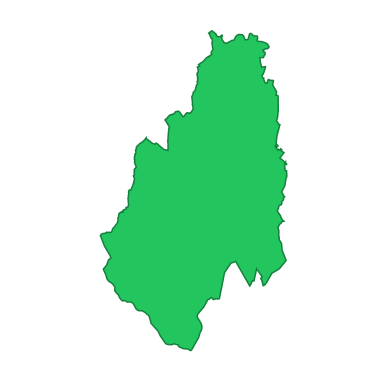 the district of Clane Lea-5, Kildare, Ireland, rotated 262°
{"feature_id": "5873133B16730843557945", "entity_name": "Clane Lea-5", "entity_type": "district", "adm_level": 2, "iso_a3": "IRL", "parent_name": "Ireland", "parent_adm1": "Kildare", "projection": "equal_earth", "projection_center": [-6.848, 53.344], "detail": "fine", "context": "isolated", "style": "filled", "palette": "green", "viewbox_px": 384, "rotation_deg": 262, "n_neighbors": 0, "source": "geoboundaries", "source_scale": "gbopen_adm2", "svg_char_len": 5053}
<svg xmlns="http://www.w3.org/2000/svg" viewBox="0 0 384 384"><g transform="rotate(262 192 192)"><path d="M347.7,231.3L347.3,231.0L347.0,231.1L346.8,230.7L346.3,231.2L341.9,232.2L340.5,233.3L337.9,233.2L337.3,232.5L332.2,232.5L330.8,232.8L327.3,230.3L325.3,230.7L324.9,229.3L323.4,227.1L323.9,226.9L322.2,224.1L319.7,221.2L317.3,216.1L315.5,217.1L315.0,214.7L313.3,215.0L310.4,215.0L309.0,214.0L308.8,213.5L307.9,213.4L308.0,213.6L306.6,213.4L306.1,213.6L305.2,213.4L304.2,213.7L303.8,213.2L303.3,213.5L301.1,213.0L300.8,212.4L298.4,212.7L297.2,211.3L292.8,209.5L291.9,209.0L290.6,207.2L288.0,206.3L286.6,205.1L280.0,204.9L278.9,204.5L275.9,204.8L273.9,204.6L273.2,204.1L270.6,201.7L270.3,200.9L270.7,200.5L270.5,199.4L271.0,198.8L271.1,198.0L270.3,196.6L268.4,195.1L267.7,193.6L273.2,190.7L273.9,189.7L273.9,187.5L273.7,186.7L272.4,185.6L272.3,185.0L271.4,184.0L271.8,182.8L271.2,182.0L271.4,181.2L271.0,180.1L270.2,179.5L269.5,178.3L268.1,177.4L268.0,176.2L267.2,175.4L266.6,175.4L266.6,175.7L259.4,178.7L258.9,178.2L255.4,177.2L245.1,175.0L242.7,175.0L236.5,174.0L238.3,169.7L245.1,163.9L245.4,163.3L244.5,162.1L245.8,159.4L251.3,154.3L252.2,154.2L250.3,152.5L247.8,148.7L247.4,147.2L245.8,145.3L245.5,144.4L244.2,143.5L244.2,143.2L242.3,142.7L241.1,141.9L239.5,142.0L238.1,141.7L237.4,140.6L236.4,140.9L235.0,139.9L233.9,140.0L233.3,139.5L232.0,139.6L231.6,140.0L230.0,139.3L229.2,139.3L228.7,139.6L228.0,139.3L225.4,140.2L223.9,140.0L223.9,139.6L223.1,139.1L223.1,138.6L222.2,137.9L221.0,137.6L220.9,137.9L220.0,138.0L219.1,137.3L217.0,137.3L216.2,136.2L212.9,136.9L212.5,136.8L210.0,135.6L209.5,135.8L208.7,135.6L208.6,135.1L205.8,133.8L204.6,132.8L202.8,132.2L202.3,131.3L202.7,131.0L202.4,130.7L202.4,129.8L201.5,129.5L200.8,129.1L198.6,129.1L197.9,128.6L196.3,128.4L194.8,127.8L188.8,127.4L186.6,126.9L185.4,125.2L185.9,125.4L186.0,124.8L185.8,124.5L184.2,124.2L183.9,121.8L183.1,121.0L182.3,121.3L181.8,121.1L182.2,120.2L181.7,120.2L181.5,119.9L182.0,118.5L181.3,117.8L180.9,116.7L178.1,115.9L176.5,115.0L174.2,114.8L172.3,114.0L170.9,113.0L170.1,111.9L168.8,111.0L166.6,108.3L164.3,107.2L163.5,106.6L163.2,105.9L163.7,104.6L163.5,103.5L164.1,102.0L163.1,99.8L163.3,98.5L162.9,96.3L162.2,96.0L161.7,95.2L150.6,97.8L140.5,102.0L137.8,102.6L136.6,100.0L131.5,97.3L128.0,93.5L126.4,93.8L121.9,95.2L119.6,95.4L117.4,95.9L115.3,97.1L112.7,100.0L111.0,101.2L108.2,102.4L105.6,101.9L104.3,102.0L101.5,103.8L100.0,105.0L97.5,105.5L94.9,107.0L93.9,107.9L93.7,110.9L92.3,112.1L91.9,113.0L91.9,115.3L90.7,117.5L88.7,118.7L84.3,120.2L82.7,121.5L81.8,122.9L81.4,126.0L78.9,129.2L77.0,130.5L76.4,131.6L73.9,132.5L67.6,133.2L59.1,138.9L53.6,140.7L45.4,144.9L44.4,146.7L43.6,150.5L44.2,153.4L43.3,154.8L42.7,156.7L42.0,157.1L40.9,157.3L40.1,158.2L38.0,161.8L37.1,166.1L35.2,168.3L35.3,169.1L35.9,169.8L47.1,178.4L51.1,180.1L54.0,182.1L55.5,182.7L57.7,183.1L60.2,182.8L62.9,181.8L66.9,179.9L68.5,179.9L69.8,180.5L71.3,181.8L76.5,187.7L83.2,192.7L83.5,194.4L84.4,195.4L84.8,196.5L82.5,198.1L82.9,200.8L82.8,202.2L82.4,202.8L82.6,204.3L90.0,206.8L90.9,207.1L91.2,207.3L107.7,213.0L116.0,220.5L117.1,225.6L90.9,236.1L92.6,237.6L95.8,239.6L95.3,241.0L106.9,245.3L98.1,249.8L97.9,249.2L96.8,248.1L96.4,248.5L95.9,248.3L95.5,248.7L91.6,249.3L89.4,249.3L89.3,249.5L89.6,250.6L91.5,252.9L100.4,259.8L103.8,267.8L111.1,275.7L121.9,273.1L128.7,273.5L132.5,271.8L136.0,272.0L137.0,271.8L141.1,272.6L143.4,272.4L144.6,272.1L147.7,274.1L148.6,275.7L150.0,277.0L150.3,279.0L151.3,278.0L153.4,276.9L156.5,276.2L161.0,273.9L161.6,273.8L163.0,275.0L166.0,276.1L166.7,276.8L166.8,278.4L168.3,279.4L169.0,279.2L170.2,279.9L171.6,281.6L173.4,281.8L174.3,283.1L174.8,282.6L177.0,281.9L179.3,280.7L185.3,284.8L191.5,286.7L194.3,288.1L199.9,288.6L200.4,287.2L205.4,287.5L206.9,287.7L206.1,289.5L206.9,289.5L207.5,288.6L208.6,288.8L208.3,288.5L209.0,287.6L210.0,287.0L213.4,283.7L218.2,288.6L220.1,286.3L221.5,286.8L222.5,285.8L221.2,284.9L222.2,283.6L221.6,282.7L225.2,280.9L225.4,281.2L226.1,280.8L226.4,281.0L224.6,282.2L225.7,283.6L228.3,282.0L235.9,284.0L246.4,288.4L246.9,287.4L250.9,285.6L253.0,286.8L260.9,288.8L271.4,290.2L274.8,290.5L275.5,290.5L276.4,288.5L278.4,289.5L279.7,289.7L286.7,286.8L290.9,288.1L291.3,287.6L291.6,285.4L292.8,283.2L289.3,281.4L290.0,279.6L293.1,278.7L294.9,278.9L295.1,277.9L297.2,277.3L299.0,279.1L305.5,282.2L306.0,282.1L305.8,278.4L311.3,277.7L313.1,277.9L315.4,277.7L315.6,278.1L315.1,281.1L315.5,281.7L316.5,282.1L318.2,283.6L320.3,283.7L320.6,282.6L322.8,282.1L322.5,282.8L323.7,284.5L323.3,286.4L324.2,288.1L324.9,288.5L327.9,287.4L329.3,285.8L331.2,282.0L332.2,277.9L333.2,277.6L335.4,278.5L337.3,278.3L338.1,274.7L340.8,272.5L340.9,271.7L340.3,270.8L335.8,269.1L335.2,267.9L335.3,265.8L339.4,264.8L340.7,263.8L341.5,260.5L341.1,258.8L340.4,257.6L339.3,256.6L336.5,254.6L336.6,252.7L334.4,246.9L335.4,244.7L338.6,243.0L340.3,242.8L342.3,243.7L343.1,243.6L343.0,242.9L341.8,241.3L341.8,240.7L342.6,238.6L345.6,237.4L346.7,236.1L348.7,234.5L348.8,233.6L347.6,232.1L347.7,231.3Z" fill="#22c55e" stroke="#15803d" stroke-width="1.5"/></g></svg>